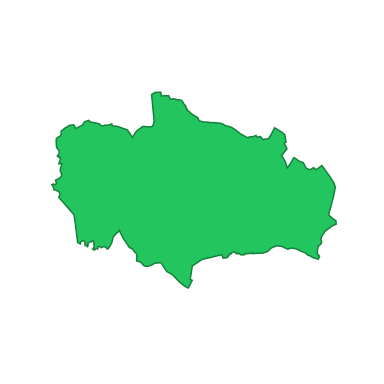 Bebeji, Kano, Nigeria, rotated 112°
{"feature_id": "59680162B69796164397605", "entity_name": "Bebeji", "entity_type": "district", "adm_level": 2, "iso_a3": "NGA", "parent_name": "Nigeria", "parent_adm1": "Kano", "projection": "mercator", "projection_center": [8.315, 11.538], "detail": "fine", "context": "isolated", "style": "filled", "palette": "green", "viewbox_px": 384, "rotation_deg": 112, "n_neighbors": 0, "source": "geoboundaries", "source_scale": "gbopen_adm2", "svg_char_len": 4971}
<svg xmlns="http://www.w3.org/2000/svg" viewBox="0 0 384 384"><g transform="rotate(112 192 192)"><path d="M281.7,279.1L281.9,276.9L282.0,276.1L281.0,276.1L280.0,276.5L278.6,275.7L277.9,274.4L278.1,273.0L279.5,272.3L280.1,271.6L281.8,271.0L281.0,270.0L280.8,269.1L281.8,268.8L281.9,268.3L281.1,268.3L280.2,268.4L278.7,269.4L277.4,268.5L276.3,267.6L275.9,266.6L274.7,266.2L274.1,265.7L275.8,263.8L277.4,263.6L278.1,262.7L279.7,262.2L282.0,262.8L281.6,261.7L282.5,261.2L281.8,260.4L280.9,260.0L280.1,259.2L280.0,258.0L279.2,258.5L277.7,258.5L277.1,256.3L277.7,255.5L277.5,255.0L276.6,254.3L275.5,253.3L275.5,252.0L275.6,250.6L276.7,249.5L276.0,248.4L274.5,248.1L273.0,247.7L269.1,247.4L266.4,247.7L263.3,248.3L258.9,246.6L256.9,245.6L254.8,244.9L256.4,243.4L260.8,238.2L267.0,229.1L267.0,225.9L268.6,223.7L270.0,220.5L271.6,219.2L273.5,218.8L274.5,218.4L276.7,217.4L276.4,215.6L276.4,214.5L276.3,213.5L277.2,211.0L278.0,210.1L278.4,207.9L277.3,204.8L274.6,201.8L272.0,199.9L269.2,194.3L275.2,185.6L275.9,179.4L280.3,169.6L282.2,163.0L282.4,159.4L273.8,158.7L273.7,160.9L260.5,164.0L250.6,157.3L246.3,151.1L242.0,145.1L239.0,140.9L241.1,138.8L241.7,138.2L241.0,137.0L240.5,136.7L240.2,136.3L240.3,135.6L239.6,135.0L239.1,134.6L238.6,134.2L238.1,134.1L237.6,134.6L237.1,134.4L236.0,133.5L235.6,133.8L235.1,133.9L234.7,133.8L234.7,133.4L234.6,132.6L233.4,132.3L232.4,131.4L232.0,130.6L231.8,130.0L231.9,129.3L232.0,128.8L232.4,128.5L232.5,127.7L232.3,127.2L232.2,126.7L232.2,126.4L231.5,126.3L231.2,126.1L231.1,125.6L231.5,125.0L231.8,124.2L231.9,123.5L232.0,122.9L231.6,122.5L231.4,122.2L231.2,121.7L231.2,121.0L230.9,120.3L230.4,119.8L229.6,119.8L229.1,119.7L228.8,119.3L229.1,118.3L228.8,117.9L228.2,117.5L227.8,116.5L227.5,115.3L226.6,114.8L226.2,114.5L225.9,114.0L225.8,113.5L226.3,113.3L226.7,113.0L226.2,112.5L225.9,112.1L225.9,111.4L225.2,110.3L224.3,108.3L222.1,103.3L219.0,99.7L214.5,97.7L213.0,96.3L211.2,94.4L210.0,93.0L208.8,88.2L209.2,81.8L206.9,79.2L206.2,76.6L205.7,74.1L205.9,70.3L206.1,68.4L206.0,63.9L207.3,60.6L206.9,58.2L207.6,55.8L207.0,49.7L203.8,49.7L202.5,52.3L200.7,53.3L197.5,54.2L195.2,54.6L191.5,52.9L189.4,53.2L187.6,54.7L184.6,55.2L181.6,54.5L178.2,53.8L176.4,52.7L175.8,52.3L170.7,49.1L167.9,46.3L164.8,47.7L163.8,52.0L162.0,57.0L154.8,57.6L142.6,59.2L133.9,60.9L130.3,63.9L126.0,70.0L123.1,74.6L118.8,81.4L124.8,85.2L123.9,88.6L126.8,90.4L127.4,93.3L126.8,95.7L124.5,98.1L123.0,100.1L123.2,102.1L123.2,102.8L123.3,103.6L123.2,104.2L123.0,105.2L122.8,106.5L122.2,108.1L122.0,110.3L122.6,110.6L125.0,110.9L126.9,111.1L131.0,111.9L134.0,112.8L129.1,116.7L128.0,118.2L126.2,120.2L124.6,122.6L116.4,120.1L112.2,124.8L110.7,123.4L104.2,127.3L102.9,130.8L102.4,134.2L101.5,139.5L104.3,139.7L109.3,140.2L113.5,140.9L115.1,142.8L115.6,144.2L116.9,145.8L116.2,147.2L115.1,148.7L115.1,149.8L116.4,151.2L116.6,152.5L115.6,153.7L116.9,155.3L118.0,156.1L118.6,158.3L120.9,160.9L120.5,163.3L120.4,164.7L119.9,168.7L118.0,175.5L117.3,179.2L117.4,181.5L117.6,183.3L117.9,185.3L117.8,187.2L117.5,188.5L117.5,190.0L117.8,192.1L118.6,195.1L119.3,197.1L119.7,198.3L120.4,200.1L121.0,201.7L121.2,203.7L122.1,205.5L122.8,207.4L123.0,209.2L123.3,211.8L122.8,212.5L122.1,213.6L121.1,214.1L120.8,214.9L120.0,220.3L119.5,222.3L119.1,223.2L118.7,224.2L118.3,225.3L118.1,226.3L118.2,226.8L117.7,227.1L117.1,227.4L117.3,227.8L117.0,227.9L116.5,228.8L115.1,229.5L114.3,230.7L113.1,233.0L112.3,233.8L111.1,235.6L111.0,237.3L111.4,238.8L112.1,239.9L112.0,240.8L112.3,242.8L112.4,244.1L114.2,246.7L113.1,247.9L112.8,248.5L112.0,249.2L111.4,249.7L112.4,252.0L113.0,253.5L114.5,256.4L111.2,258.3L113.5,263.6L116.8,266.0L139.0,254.4L140.8,253.6L143.0,253.2L144.7,253.2L145.8,253.2L146.5,253.8L147.0,254.9L147.6,256.1L148.1,257.4L148.6,259.1L149.6,262.1L156.3,266.3L163.6,267.8L158.6,275.1L159.2,286.1L159.6,287.8L159.9,288.5L160.1,289.0L160.3,289.5L160.3,289.9L160.3,290.0L160.5,290.4L160.6,290.6L158.9,291.9L160.1,293.1L160.9,294.2L162.1,296.1L162.5,297.7L164.7,300.0L163.5,303.7L164.6,309.9L164.9,311.2L165.4,312.1L165.2,312.3L165.0,312.6L164.9,312.8L164.9,313.2L165.0,313.4L165.0,313.5L164.9,313.6L164.6,313.8L164.4,314.0L164.3,314.3L164.3,314.7L167.1,317.9L171.3,318.8L176.5,323.4L174.0,327.0L176.2,330.6L179.8,333.4L184.6,336.1L186.3,335.4L187.6,334.9L189.0,334.9L190.6,336.1L192.1,337.2L193.9,337.7L196.8,336.5L199.0,335.5L200.7,334.7L202.2,333.2L202.9,331.5L204.5,330.2L205.8,329.6L207.2,329.6L208.0,330.3L209.3,330.3L209.7,328.7L209.3,327.7L209.1,327.1L210.0,327.2L210.6,326.4L211.8,326.0L213.4,326.3L214.4,326.2L215.2,326.1L215.8,326.0L215.4,325.1L214.5,324.3L214.6,323.3L215.5,323.1L218.2,322.9L220.6,322.6L222.0,321.9L223.0,320.8L223.9,319.8L225.3,319.2L226.8,319.1L228.0,319.6L228.8,320.2L230.1,321.0L231.3,322.2L232.2,323.0L234.5,321.0L236.3,321.4L236.6,323.7L237.7,324.6L239.4,322.4L240.5,321.3L241.7,320.8L241.3,319.6L241.6,315.7L242.3,314.3L244.2,313.4L246.8,313.6L257.3,292.9L262.6,289.7L281.7,279.1Z" fill="#22c55e" stroke="#15803d" stroke-width="1.5"/></g></svg>